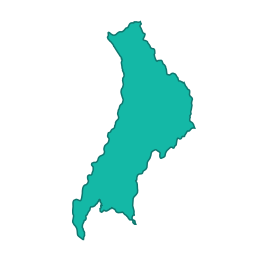 Acará, Pará, Brazil (Robinson projection), rotated 352°
{"feature_id": "56859067B44974097654288", "entity_name": "Acará", "entity_type": "district", "adm_level": 2, "iso_a3": "BRA", "parent_name": "Brazil", "parent_adm1": "Pará", "projection": "robinson", "projection_center": [-48.473, -2.034], "detail": "fine", "context": "isolated", "style": "filled", "palette": "teal", "viewbox_px": 256, "rotation_deg": 352, "n_neighbors": 0, "source": "geoboundaries", "source_scale": "gbopen_adm2", "svg_char_len": 5860}
<svg xmlns="http://www.w3.org/2000/svg" viewBox="0 0 256 256"><g transform="rotate(352 128 128)"><path d="M155.0,24.4L154.4,24.7L152.8,24.7L151.2,24.1L148.9,23.8L148.6,24.5L147.9,24.7L146.7,24.4L145.5,24.5L145.0,24.6L144.2,25.2L143.8,25.6L142.2,28.0L141.6,28.5L139.7,28.9L137.8,30.7L136.5,31.5L135.4,31.9L133.3,31.6L132.0,31.9L130.4,32.8L129.0,33.8L128.4,34.0L127.3,34.2L126.0,33.9L124.5,32.8L122.8,30.9L122.1,30.6L121.6,30.9L121.5,33.4L121.0,34.4L120.5,34.9L120.3,35.6L120.7,37.0L121.0,37.7L121.5,38.2L122.0,39.2L122.9,40.1L124.7,43.0L125.0,43.7L125.3,45.1L125.9,46.0L126.5,47.5L127.1,48.8L128.6,52.1L129.5,53.9L130.0,55.2L130.9,56.7L131.3,57.5L131.4,58.1L131.0,58.6L131.6,59.2L131.4,60.4L130.6,62.0L130.5,62.7L130.6,66.1L130.5,67.9L130.9,69.8L130.6,70.4L130.8,71.0L131.6,73.4L131.3,73.8L131.6,74.9L131.1,76.5L130.7,77.1L130.2,77.5L129.8,78.1L129.6,79.3L129.3,80.0L129.5,84.1L129.1,85.3L128.3,87.1L127.2,88.4L126.8,89.0L126.5,89.9L126.1,91.4L126.2,93.4L126.7,96.6L127.2,99.0L127.1,99.8L126.1,102.1L125.6,103.0L123.8,104.1L122.9,105.1L121.9,107.7L121.0,108.8L120.4,110.6L119.9,111.8L119.7,112.7L120.2,115.4L120.2,116.4L119.7,117.7L117.4,119.5L116.7,120.4L116.3,121.2L116.3,121.9L115.8,123.0L115.1,124.1L115.0,124.8L114.7,125.7L113.6,126.6L112.6,126.9L112.1,127.1L111.1,127.9L110.2,129.3L109.2,129.8L108.1,130.0L107.7,130.3L106.7,133.0L106.7,133.7L107.0,134.5L107.5,135.2L107.7,135.8L107.7,136.4L107.4,137.5L106.6,139.2L105.8,140.2L103.2,141.8L102.4,142.6L101.9,143.6L101.4,144.8L101.3,145.4L101.2,146.1L101.5,147.9L101.2,149.0L100.7,150.1L100.3,150.5L99.2,151.2L96.4,152.0L95.4,152.7L94.6,153.6L94.1,154.6L93.7,155.6L92.9,156.7L92.1,157.3L91.6,157.5L90.5,157.5L89.5,157.3L87.4,157.9L87.1,158.4L86.8,159.4L87.0,160.0L87.9,161.4L88.0,162.0L87.8,164.0L87.5,165.3L86.4,167.2L85.7,168.9L85.2,169.3L84.6,169.5L83.0,169.1L82.0,169.5L81.6,169.8L81.1,170.9L81.1,171.5L81.0,172.7L81.4,174.6L81.3,175.3L80.8,176.4L80.1,177.3L79.6,177.7L78.7,178.3L77.0,178.6L75.9,179.5L75.6,180.0L74.9,181.2L74.7,181.8L74.1,184.0L73.7,186.5L72.3,191.1L71.3,193.0L70.8,193.3L69.8,193.1L68.1,192.0L67.2,191.6L66.6,191.5L64.3,192.2L63.8,192.8L63.3,193.8L63.0,195.1L62.7,198.2L61.8,201.9L61.5,204.3L61.5,205.7L61.8,206.1L61.9,206.7L61.8,208.0L60.3,212.4L60.2,213.6L61.1,216.1L62.4,218.1L63.1,219.9L63.3,220.6L63.4,222.5L63.2,225.9L63.3,227.0L63.9,228.1L65.2,229.5L67.8,232.1L68.4,232.2L69.0,229.9L70.0,228.5L70.2,226.6L70.4,225.4L70.1,224.2L69.7,223.8L69.4,221.1L69.1,220.6L68.9,220.1L69.3,218.3L69.6,217.2L70.6,215.7L71.2,214.8L71.5,214.2L71.6,213.7L72.0,213.3L72.9,213.3L73.6,212.5L73.9,211.9L74.0,211.3L73.9,210.0L74.0,209.3L74.4,208.7L75.4,208.3L76.5,206.4L77.5,205.1L78.4,204.4L79.0,203.4L79.3,202.2L79.9,201.3L80.4,200.9L81.8,201.1L82.3,200.9L82.9,201.0L84.4,200.3L84.9,199.9L85.2,199.4L85.8,199.1L86.2,198.7L86.8,198.5L87.4,197.5L88.2,196.7L88.7,196.7L88.8,196.1L89.3,195.1L89.7,194.8L90.4,195.4L90.5,196.5L90.4,197.3L91.3,199.4L90.8,199.8L91.4,201.0L90.2,201.2L90.1,201.8L90.4,202.5L90.2,203.2L89.1,203.8L88.9,206.3L89.0,206.9L90.2,207.7L90.7,207.5L91.6,207.0L92.3,206.2L92.9,206.2L93.4,206.6L93.9,206.7L94.3,207.1L95.4,207.2L98.4,206.0L98.8,205.5L99.9,205.5L100.7,204.6L101.2,204.8L101.9,205.6L102.5,205.8L103.2,206.6L103.7,206.7L104.5,209.0L105.2,209.8L106.3,210.4L106.9,210.5L109.6,210.7L110.6,210.5L111.4,211.1L112.6,213.0L114.1,214.3L114.4,214.9L114.8,215.5L115.2,215.7L115.6,216.9L116.7,218.9L117.2,219.3L118.3,219.3L119.1,219.6L119.5,219.9L119.9,221.1L119.7,222.3L120.4,223.4L121.2,224.2L122.3,224.4L121.7,221.8L122.0,221.3L121.5,220.5L120.4,219.9L120.0,219.5L119.5,218.5L119.4,217.8L119.8,216.6L120.4,215.7L120.9,215.2L121.5,215.0L122.0,215.1L122.1,214.1L121.9,213.4L122.2,212.6L122.4,211.2L121.8,205.5L123.3,198.5L124.2,197.2L126.8,195.1L128.3,193.4L128.5,192.8L128.9,190.9L128.9,189.3L129.3,185.1L129.1,183.2L128.4,181.9L128.4,181.1L128.9,181.0L129.4,180.6L129.9,178.0L130.4,177.0L131.0,176.0L131.9,175.4L132.5,175.2L133.2,175.1L134.6,175.2L135.6,175.0L136.0,174.7L136.8,173.2L137.2,172.7L139.7,171.5L140.5,170.7L141.2,169.7L141.4,168.9L142.3,164.9L142.9,163.9L145.5,161.0L146.9,158.1L147.5,156.1L148.1,155.1L149.1,154.4L151.3,153.5L152.4,153.4L153.1,153.7L153.9,154.6L155.8,156.2L156.2,157.0L156.3,157.5L155.9,158.6L155.6,160.3L155.7,161.5L156.1,162.4L156.6,162.6L159.3,161.9L160.3,161.3L160.7,160.9L161.4,158.8L161.9,157.7L163.0,156.3L163.4,155.8L167.3,153.1L167.9,153.0L169.0,153.2L169.6,154.0L170.1,154.2L170.6,154.2L172.0,152.3L173.3,151.5L174.8,146.6L175.4,145.5L176.0,145.0L176.8,145.4L177.8,146.1L178.3,146.1L179.0,145.9L179.7,145.2L180.5,144.0L181.0,143.9L182.2,144.3L182.8,144.1L183.0,143.4L186.2,139.5L186.8,139.3L187.8,139.5L188.5,139.3L190.5,137.6L191.1,137.2L192.5,137.0L194.1,137.4L193.6,135.4L193.4,133.8L192.7,132.2L192.2,131.5L191.4,130.9L190.2,129.5L190.2,128.9L190.3,128.0L190.5,127.3L191.1,125.9L190.9,124.6L192.4,122.8L192.3,121.0L192.5,120.1L193.2,118.6L194.5,114.4L194.3,112.3L194.9,110.4L195.8,108.4L195.7,107.8L195.5,107.0L193.7,104.6L193.5,103.4L194.1,101.0L194.2,99.5L193.8,98.8L192.4,97.7L191.7,95.7L191.3,95.3L190.7,94.0L189.8,90.7L189.1,91.1L188.6,90.7L188.3,90.1L187.7,89.9L186.7,89.1L186.0,88.7L184.9,88.4L184.5,87.2L184.3,85.1L183.6,84.2L182.8,82.0L182.4,81.4L182.0,81.0L180.4,80.1L179.8,80.0L178.9,80.1L176.7,81.3L176.1,81.2L174.3,80.4L174.0,79.6L174.1,75.5L174.1,75.0L173.8,74.1L173.7,72.3L172.9,70.6L171.7,69.4L171.0,66.4L170.6,65.8L170.0,65.6L167.1,65.4L166.2,65.9L165.7,65.7L165.3,65.1L164.7,63.2L164.3,61.1L164.2,58.8L165.0,57.7L165.2,55.2L165.1,54.1L164.7,53.4L164.3,53.1L162.7,52.6L161.9,52.0L161.3,50.9L161.3,50.3L160.6,48.5L159.5,46.6L159.4,46.0L159.1,45.1L158.1,44.3L157.4,43.9L155.9,43.2L155.4,42.8L155.4,42.0L157.1,39.5L157.9,37.6L157.7,36.8L157.1,36.7L156.5,36.3L155.9,35.3L154.8,31.1L154.0,29.0L154.1,28.3L154.7,27.5L155.2,27.3L155.6,26.7L155.3,26.0L155.0,24.4Z" fill="#14b8a6" stroke="#0f766e" stroke-width="1.5"/></g></svg>